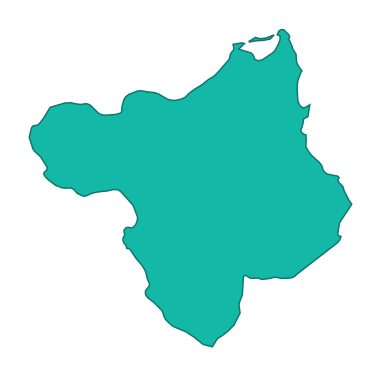 an SVG outline of Murcia, rotated 266°
{"feature_id": "ESP-5836", "entity_name": "Murcia", "entity_type": "Autonomous Community", "adm_level": 1, "iso_a3": "ESP", "parent_name": "Spain", "parent_adm1": "", "projection": "robinson", "projection_center": [-1.387, 38.068], "detail": "fine", "context": "isolated", "style": "filled", "palette": "teal", "viewbox_px": 384, "rotation_deg": 266, "n_neighbors": 0, "source": "natural_earth", "source_scale": "10m", "svg_char_len": 3663}
<svg xmlns="http://www.w3.org/2000/svg" viewBox="0 0 384 384"><g transform="rotate(266 192 192)"><path d="M336.4,243.2L337.3,252.4L336.4,254.7L331.2,248.5L326.6,260.7L324.1,262.7L319.9,263.9L318.3,267.0L319.0,271.4L325.2,282.2L327.1,284.5L333.3,288.4L337.6,290.4L341.4,290.8L343.0,288.0L346.6,290.0L347.9,292.7L347.1,295.4L344.3,297.5L342.8,299.1L341.1,300.1L339.4,300.1L337.7,298.9L335.9,300.0L330.7,301.9L327.5,302.6L322.1,305.4L315.0,305.4L312.5,305.9L309.9,307.1L305.2,310.1L303.6,308.9L296.0,305.4L289.7,304.2L277.6,303.9L274.2,304.3L271.2,305.4L269.1,307.2L268.1,309.4L268.7,311.6L270.8,315.6L264.8,314.2L259.1,312.9L257.9,310.3L256.9,308.3L252.9,307.6L247.3,305.5L244.7,304.7L241.8,307.5L241.1,309.7L235.7,309.5L229.2,308.7L223.6,311.5L220.6,313.5L212.1,321.5L208.9,323.4L205.1,324.2L204.1,324.7L202.6,325.8L201.2,327.1L200.6,328.2L200.1,329.3L198.0,336.9L197.8,338.4L196.2,339.7L195.1,339.3L194.1,338.6L192.7,338.4L191.0,339.5L187.3,342.6L185.5,343.3L182.7,343.8L173.0,347.9L168.6,350.5L151.3,337.2L149.5,336.6L139.8,334.4L138.8,334.6L138.0,335.4L137.7,336.6L137.3,337.5L136.2,337.1L134.8,336.5L133.3,335.6L131.1,333.4L102.7,290.9L101.0,288.9L100.2,287.5L99.5,285.2L99.3,281.3L99.5,279.5L99.5,275.8L99.8,274.1L100.6,271.7L101.3,268.7L101.1,267.1L100.4,264.7L99.9,256.5L100.2,255.1L101.6,251.5L101.7,250.1L101.7,246.0L102.0,244.3L102.9,242.7L105.0,239.9L105.1,238.6L103.7,237.4L85.8,235.0L79.0,231.8L76.6,231.0L67.8,231.5L60.6,227.1L56.3,224.6L50.8,218.3L46.9,212.6L44.4,208.0L44.3,207.6L44.2,207.5L42.6,206.1L36.1,201.5L38.9,193.2L39.9,191.6L47.2,183.8L53.0,176.1L58.4,165.4L60.4,162.4L65.9,157.3L68.3,155.9L70.5,155.2L74.2,154.4L76.4,153.3L84.5,146.2L89.5,140.6L92.5,138.7L94.7,138.4L96.3,138.6L97.7,139.5L100.9,142.5L102.1,143.1L103.6,143.1L108.6,141.4L114.7,140.4L117.7,139.4L122.4,136.9L129.6,131.6L139.5,125.9L140.1,124.5L140.1,123.3L140.4,122.9L141.3,122.9L143.7,122.3L145.0,121.0L146.3,120.3L148.1,119.8L149.5,119.8L150.8,120.0L153.0,121.4L154.1,121.9L157.2,121.4L158.5,121.5L159.4,122.1L160.3,123.0L160.9,123.9L161.2,125.0L161.2,126.2L160.7,127.4L160.5,128.7L160.7,129.9L161.1,131.1L161.9,132.1L162.7,133.1L163.8,133.8L166.3,135.0L167.9,135.5L169.8,135.9L171.6,135.7L182.9,132.3L196.7,121.5L198.5,119.6L199.3,118.0L199.7,116.3L199.9,114.4L199.8,112.6L198.9,107.0L198.9,103.2L198.4,95.9L197.7,92.2L196.7,89.1L196.0,87.7L195.7,86.8L195.5,85.4L195.3,84.1L195.7,82.8L196.2,81.6L198.5,77.7L200.2,76.1L202.5,74.6L203.6,73.1L204.4,71.5L204.7,68.0L204.6,66.2L205.2,62.7L208.3,56.2L214.2,49.5L217.4,46.7L220.1,45.4L221.6,45.7L222.7,46.8L223.6,48.2L225.1,49.1L227.2,49.1L237.8,43.3L242.6,38.7L244.4,37.2L246.3,36.3L257.5,33.5L259.4,33.9L266.2,36.0L267.8,36.8L268.9,38.0L269.2,39.6L269.3,41.3L269.8,42.8L270.6,44.3L275.8,48.9L286.4,56.5L289.6,71.3L289.5,77.3L287.7,83.6L287.1,87.2L287.5,92.5L286.9,94.3L286.1,96.0L284.8,97.4L277.6,103.8L276.3,105.5L275.1,108.1L274.6,111.6L274.7,121.1L275.3,124.7L276.1,126.9L277.7,127.5L281.4,128.0L288.4,130.3L290.7,131.8L291.7,132.6L293.8,135.8L296.6,145.1L296.5,147.9L295.8,151.8L295.2,153.5L293.9,160.7L293.4,162.5L291.9,165.8L286.4,173.8L285.4,176.4L284.5,180.6L284.9,185.2L285.9,189.4L287.0,191.8L288.2,193.4L289.4,194.5L290.2,195.4L294.2,201.5L297.2,207.4L297.3,207.6L299.4,211.2L300.7,212.8L303.3,216.7L305.5,221.1L306.7,222.9L312.0,228.8L313.5,230.0L321.5,238.1L323.1,238.9L326.5,239.8L328.1,240.8L329.5,242.0L330.5,243.1L331.4,243.5L332.8,243.9L336.3,243.2L336.4,243.2ZM341.8,265.8L340.1,271.0L340.4,276.3L343.0,284.9L339.1,280.6L338.3,273.8L338.4,266.2L337.6,259.7L338.6,259.6L338.8,260.0L338.8,260.6L339.1,261.1L339.7,262.1L340.9,264.5L341.8,265.8Z" fill="#14b8a6" stroke="#0f766e" stroke-width="1.5"/></g></svg>